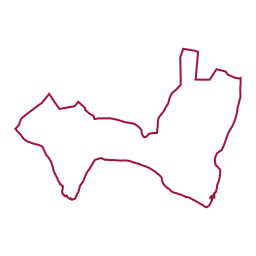 Askira Uba, Borno, Nigeria (Natural Earth projection)
{"feature_id": "59680162B18672795330723", "entity_name": "Askira Uba", "entity_type": "district", "adm_level": 2, "iso_a3": "NGA", "parent_name": "Nigeria", "parent_adm1": "Borno", "projection": "natural_earth1", "projection_center": [12.927, 10.69], "detail": "fine", "context": "isolated", "style": "outline", "palette": "rose", "viewbox_px": 256, "rotation_deg": 0, "n_neighbors": 0, "source": "geoboundaries", "source_scale": "gbopen_adm2", "svg_char_len": 3914}
<svg xmlns="http://www.w3.org/2000/svg" viewBox="0 0 256 256"><path d="M180.3,57.3L180.7,78.4L180.7,84.9L175.8,89.9L172.3,92.8L170.4,96.1L168.9,100.4L168.2,103.5L166.0,106.8L164.1,110.5L163.0,112.2L158.6,117.7L157.8,122.1L157.8,125.7L157.4,128.6L157.0,133.0L152.8,132.9L150.6,133.5L148.9,133.9L146.5,136.6L144.5,137.2L143.7,136.9L143.3,136.3L142.4,134.9L141.4,131.7L141.5,130.1L139.1,127.2L134.9,124.1L132.8,123.5L124.8,122.1L120.8,120.8L117.4,119.8L114.7,119.2L110.1,118.3L107.7,118.3L106.0,118.3L98.4,118.4L94.4,119.1L93.6,115.9L89.6,113.8L85.2,109.9L85.3,108.3L78.3,101.8L74.6,106.2L59.4,108.9L54.3,101.7L49.2,93.9L41.7,103.1L39.1,104.8L26.4,114.4L22.8,117.2L20.9,119.2L19.0,124.8L15.4,128.9L18.5,132.5L21.0,134.9L22.4,137.3L24.6,139.7L28.7,142.1L29.4,142.2L34.4,143.9L39.2,145.1L42.4,146.6L45.5,153.4L46.7,155.7L47.6,156.5L48.5,157.5L51.1,162.0L51.6,163.2L52.8,167.4L53.2,168.7L53.9,171.4L54.4,172.7L55.2,174.0L55.9,175.7L56.4,176.6L57.3,178.0L57.9,179.9L58.4,181.2L59.3,182.2L59.8,183.5L60.3,184.4L60.9,184.4L61.7,185.7L62.8,186.0L62.8,187.0L62.8,187.8L62.7,188.4L62.5,189.7L62.1,191.2L62.1,192.5L62.7,193.3L62.8,193.8L63.3,194.4L63.6,194.5L63.8,194.8L63.7,195.0L63.8,195.2L63.9,195.4L64.3,195.5L64.5,195.5L64.9,195.8L65.0,196.0L65.3,196.3L65.5,196.3L65.7,196.2L65.9,196.1L65.9,195.9L66.1,195.7L66.3,195.7L66.7,195.6L66.9,195.9L67.0,196.5L67.6,197.3L68.4,197.7L70.2,199.1L70.5,199.0L70.3,198.6L70.7,198.4L71.3,198.8L71.8,199.7L74.9,198.8L76.0,196.8L76.4,195.2L76.8,194.9L77.3,193.6L78.0,192.9L78.6,191.3L79.1,189.4L79.5,188.0L79.7,186.7L80.0,185.8L80.9,184.6L81.4,183.8L82.3,182.6L83.1,181.7L83.9,179.1L84.5,178.1L85.1,176.8L85.4,175.8L85.9,174.6L87.1,172.3L87.6,171.3L88.8,170.0L89.6,168.8L90.5,167.1L91.6,165.5L91.9,164.6L92.7,163.3L93.3,162.3L94.1,161.0L95.0,160.0L96.4,159.4L97.2,159.1L101.2,158.1L102.3,158.5L103.4,159.1L104.5,159.4L105.1,159.8L107.9,159.8L110.4,160.1L111.8,160.1L113.2,160.0L114.6,160.1L116.6,160.4L118.5,160.4L121.6,160.6L122.2,160.4L126.1,160.5L128.9,160.8L132.0,161.8L134.5,162.7L135.8,163.1L136.0,163.1L137.1,163.4L139.3,164.0L141.5,165.0L143.2,165.7L144.6,166.0L149.1,167.9L150.8,168.9L152.2,169.8L152.6,170.1L153.0,170.4L155.0,171.5L155.8,172.2L157.2,173.5L157.7,173.8L159.7,175.4L160.3,176.1L160.6,176.4L161.7,177.7L161.9,179.6L162.8,183.0L164.6,185.4L166.7,187.5L168.9,188.7L170.1,190.3L171.7,191.6L175.1,192.9L176.5,193.2L178.2,193.9L178.7,194.2L180.4,194.5L180.8,194.6L182.9,195.5L183.0,195.5L185.2,196.5L185.7,197.1L186.9,197.1L188.8,197.4L190.2,198.1L193.0,199.7L193.4,199.9L193.5,199.9L193.9,200.0L195.0,200.7L196.9,201.7L198.4,202.6L199.5,203.3L202.4,204.9L205.4,207.0L206.9,207.2L209.3,205.3L210.2,203.9L210.7,202.7L211.4,201.3L212.1,199.9L212.2,198.9L210.5,198.2L210.1,197.9L210.7,197.0L211.0,196.3L211.3,196.3L212.0,195.9L212.3,196.0L212.4,196.7L212.3,197.5L213.0,197.7L214.4,197.5L214.3,195.1L214.1,195.2L213.7,195.1L213.3,195.1L213.4,194.8L213.5,194.7L213.9,194.7L213.9,194.4L214.1,193.9L214.4,193.9L214.8,193.2L214.6,192.6L215.1,192.3L216.0,191.9L216.6,188.9L217.0,187.0L217.1,185.5L218.9,180.6L219.2,179.3L219.4,178.4L220.0,175.0L220.2,171.6L220.3,170.8L220.4,170.1L219.2,168.6L216.7,165.9L215.6,165.0L215.2,162.5L214.8,160.3L214.7,159.6L215.5,156.5L217.1,153.2L221.7,149.9L222.4,148.4L223.3,146.6L223.5,146.2L224.0,144.9L225.1,142.0L226.9,137.0L227.0,136.7L227.2,136.2L227.8,134.2L228.9,132.0L229.7,130.4L230.2,129.7L230.9,128.4L231.1,128.1L232.0,126.8L232.8,125.2L233.5,123.6L234.0,121.9L234.6,121.3L234.8,120.4L235.4,118.5L236.0,116.7L236.5,114.6L236.9,112.6L237.4,110.0L237.4,108.4L238.0,106.5L238.1,105.9L238.3,105.2L238.6,103.9L238.8,102.9L239.7,99.7L240.5,96.8L240.3,93.3L240.3,92.5L240.3,88.7L240.3,87.4L240.5,85.1L240.6,83.6L240.6,82.7L240.6,81.0L240.6,80.0L240.6,78.0L238.9,78.5L238.6,78.4L235.4,77.9L227.9,74.7L225.6,71.5L216.5,69.2L209.7,79.7L195.6,79.6L198.1,51.9L194.7,50.7L183.2,48.8L180.3,57.3Z" fill="none" stroke="#9f1239" stroke-width="2"/></svg>